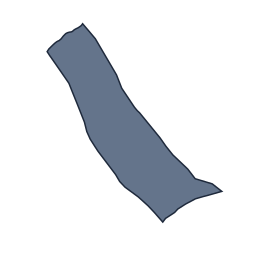 Kernoi, Western Darfur, Sudan, rotated 313°
{"feature_id": "16777658B31925406348154", "entity_name": "Kernoi", "entity_type": "district", "adm_level": 2, "iso_a3": "SDN", "parent_name": "Sudan", "parent_adm1": "Western Darfur", "projection": "equal_earth", "projection_center": [23.614, 14.984], "detail": "fine", "context": "isolated", "style": "filled", "palette": "slate", "viewbox_px": 256, "rotation_deg": 313, "n_neighbors": 0, "source": "geoboundaries", "source_scale": "gbopen_adm2", "svg_char_len": 968}
<svg xmlns="http://www.w3.org/2000/svg" viewBox="0 0 256 256"><g transform="rotate(313 128 128)"><path d="M145.6,239.8L144.6,227.7L136.7,211.7L138.7,199.7L138.9,179.1L140.5,168.2L142.6,158.3L147.0,126.1L147.0,122.9L147.6,118.4L152.8,96.3L159.0,83.4L171.0,43.2L172.2,33.3L173.3,23.7L171.9,23.9L170.5,23.9L168.7,23.5L167.1,23.1L165.1,22.3L163.2,21.7L161.2,21.5L160.2,21.3L159.4,20.8L158.0,19.7L156.3,18.7L154.5,18.1L151.1,18.0L149.8,18.1L147.7,18.3L145.8,18.1L144.9,18.0L144.5,17.8L144.3,17.7L143.6,17.4L142.3,17.0L139.8,16.6L136.7,16.4L136.2,16.4L134.1,16.3L133.5,16.3L132.0,16.2L130.9,16.4L129.7,16.6L128.7,16.8L127.5,21.6L127.2,23.2L123.5,40.3L120.4,54.3L116.9,61.7L110.8,74.8L102.6,92.1L97.3,100.3L94.1,107.9L91.8,116.8L90.5,122.1L85.5,150.7L83.2,158.4L82.7,166.2L84.6,182.5L84.8,195.7L84.2,205.0L82.9,217.6L87.5,217.1L98.0,219.7L102.8,219.7L111.7,222.0L122.2,225.6L129.4,229.9L132.5,231.9L145.6,239.8Z" fill="#64748b" stroke="#1e293b" stroke-width="1.5"/></g></svg>